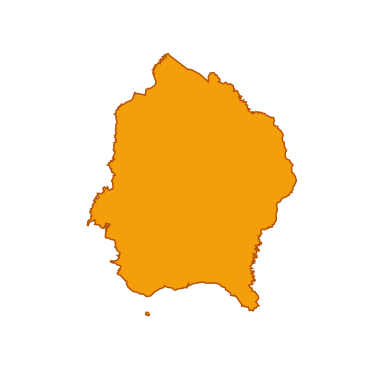 Waropen, Papua, Indonesia, rotated 241°
{"feature_id": "22746128B12986554349068", "entity_name": "Waropen", "entity_type": "district", "adm_level": 2, "iso_a3": "IDN", "parent_name": "Indonesia", "parent_adm1": "Papua", "projection": "albers", "projection_center": [136.631, -2.729], "detail": "fine", "context": "isolated", "style": "filled", "palette": "amber", "viewbox_px": 384, "rotation_deg": 241, "n_neighbors": 0, "source": "geoboundaries", "source_scale": "gbopen_adm2", "svg_char_len": 6018}
<svg xmlns="http://www.w3.org/2000/svg" viewBox="0 0 384 384"><g transform="rotate(241 192 192)"><path d="M227.9,291.6L228.2,290.3L229.5,289.3L228.8,288.2L230.2,288.0L231.5,286.5L230.8,284.5L231.4,282.0L231.8,284.2L232.4,284.4L233.3,282.0L236.4,280.8L236.9,281.1L236.5,282.8L239.0,281.0L240.8,282.6L242.7,281.2L244.5,283.1L245.6,280.7L247.5,281.9L247.5,280.0L248.8,278.6L249.5,278.5L250.1,280.4L250.8,280.4L251.3,279.1L252.4,278.8L251.9,281.5L253.4,280.3L258.1,280.7L259.0,280.2L259.5,277.3L260.6,277.4L261.0,279.0L263.3,278.8L264.8,279.6L268.1,278.0L268.8,275.2L270.9,275.2L271.7,274.6L271.4,272.0L275.6,268.5L275.8,270.4L277.0,271.0L280.2,270.2L282.1,270.6L283.0,269.1L285.0,269.2L286.2,268.4L287.2,265.4L284.7,262.1L280.4,259.8L291.6,255.8L299.3,250.8L301.6,247.6L321.6,238.8L324.8,238.1L324.2,236.5L325.1,235.7L322.7,234.7L325.6,234.1L324.3,233.8L324.6,231.6L322.6,232.6L321.6,231.4L322.9,231.1L322.0,230.1L323.3,229.3L321.5,228.5L322.7,227.5L320.9,227.4L319.7,226.4L321.5,225.5L320.6,224.0L320.8,221.1L319.3,221.3L319.6,219.4L318.9,218.4L317.9,219.0L317.8,216.8L317.2,217.4L315.2,215.6L313.7,215.3L313.7,216.1L312.9,215.1L306.3,214.2L304.4,212.9L303.2,210.5L302.8,205.1L303.9,204.1L303.8,201.3L299.4,198.2L304.6,192.0L305.2,190.3L305.9,190.8L306.7,190.0L302.7,185.8L301.6,183.5L302.4,177.2L301.6,174.3L303.0,172.9L301.8,171.9L301.7,171.2L302.5,171.6L302.1,170.1L301.6,170.1L301.9,169.0L301.0,168.5L301.6,168.1L300.8,167.4L300.3,167.7L300.2,165.2L297.0,162.9L297.6,162.1L294.4,162.5L294.2,161.6L288.5,159.8L288.0,158.2L284.7,156.6L283.5,155.1L279.9,154.3L279.9,153.2L278.7,152.7L278.8,151.9L278.0,151.9L277.6,150.9L275.2,151.4L274.8,150.4L274.4,150.8L273.3,149.8L272.7,150.1L272.8,147.5L271.8,147.7L270.6,145.9L268.4,145.3L267.8,144.1L266.0,143.5L265.5,144.6L263.5,143.5L260.4,139.2L259.4,139.9L258.8,138.8L258.0,139.6L257.6,137.3L258.5,137.3L258.8,136.1L257.7,135.8L258.0,133.7L256.9,133.8L256.6,131.2L254.8,132.6L252.2,131.9L251.4,132.9L250.0,131.6L248.6,132.3L247.9,131.5L246.0,133.0L244.0,132.9L244.6,131.0L242.7,130.2L240.9,127.3L240.2,126.9L239.4,127.5L234.1,125.1L233.1,124.0L233.9,122.5L233.5,120.4L234.6,119.5L236.4,120.6L237.6,120.6L236.7,118.3L238.9,117.8L238.7,116.1L236.4,115.3L235.7,116.1L234.5,114.7L235.1,114.0L234.3,112.2L236.7,108.6L235.5,108.4L234.7,107.3L233.4,108.2L232.1,107.4L232.4,105.3L234.2,105.7L232.0,101.7L231.4,102.5L230.3,101.7L230.8,102.8L229.9,102.9L229.5,99.7L228.4,99.2L228.6,98.3L227.3,98.4L226.3,96.6L226.4,95.2L225.2,95.8L224.5,93.3L223.8,93.8L223.2,92.9L222.5,93.6L220.6,92.5L219.6,92.8L219.7,91.7L218.9,91.6L217.1,89.7L217.4,88.0L216.5,86.4L213.5,84.4L213.0,84.9L215.4,87.7L214.7,93.2L214.5,93.6L213.6,92.6L212.4,93.1L210.8,91.2L207.6,95.6L206.2,94.8L203.4,96.4L203.2,98.1L204.1,98.4L204.6,99.9L206.4,101.3L206.0,101.6L204.2,100.0L203.5,101.5L202.1,101.6L203.2,104.0L204.0,104.1L204.3,103.1L205.1,102.9L203.9,104.4L203.0,104.1L202.4,102.9L201.4,99.6L200.7,100.2L201.3,99.3L200.7,98.2L200.0,98.6L198.9,98.4L200.2,98.1L194.9,94.5L193.6,94.4L193.0,96.0L189.8,98.2L187.5,100.9L183.8,100.1L181.2,98.0L180.5,98.1L180.1,99.1L179.0,98.2L177.2,98.2L173.7,99.6L172.4,97.9L172.6,96.7L171.3,98.5L172.4,96.2L171.0,97.0L170.3,96.7L170.6,96.3L169.7,96.3L168.6,92.7L169.8,89.3L171.2,87.9L170.9,87.1L169.5,87.3L168.9,88.3L168.2,88.0L169.0,88.8L168.8,89.9L168.6,88.9L167.9,88.8L167.6,90.2L164.6,91.2L162.4,93.6L160.6,93.2L160.0,91.1L158.9,91.4L159.0,89.5L158.2,90.0L157.2,87.3L155.7,87.2L154.2,89.0L146.2,90.8L145.6,91.7L143.6,90.2L139.9,89.9L135.5,91.4L133.1,92.7L130.9,95.5L128.5,96.6L126.3,100.0L122.6,101.5L121.2,105.5L122.6,110.5L123.0,116.5L122.2,120.9L123.2,122.7L120.6,124.2L117.9,127.9L115.2,128.8L114.1,130.1L114.1,132.9L112.2,137.4L112.7,138.0L110.7,141.3L112.6,142.3L113.4,144.4L111.6,143.0L111.2,148.9L108.5,156.4L107.2,158.9L106.0,159.4L100.2,169.5L96.6,171.9L94.9,172.1L92.1,174.7L90.3,174.0L85.0,176.7L82.9,175.7L80.9,178.2L81.3,178.8L78.5,180.0L69.7,180.9L68.0,180.1L67.4,182.2L66.5,182.1L64.0,185.4L60.5,184.7L60.1,186.3L58.4,188.0L60.3,190.6L59.5,191.7L60.7,194.3L60.1,195.3L65.2,194.6L66.6,198.7L68.8,199.4L74.2,198.8L76.3,196.7L78.8,197.9L79.8,196.7L83.0,196.4L81.9,200.3L82.6,201.0L83.9,200.2L85.0,200.9L85.1,201.7L83.5,203.2L84.7,205.3L84.3,203.0L85.0,202.5L86.6,204.6L87.8,203.4L88.5,203.7L88.3,205.7L90.6,205.0L91.2,204.2L92.2,204.5L92.5,205.3L91.4,206.0L92.1,207.6L93.2,207.7L93.5,205.3L96.4,205.8L96.1,207.6L96.8,206.8L98.9,206.9L99.1,209.0L101.2,210.1L99.8,211.2L99.7,212.2L101.1,211.3L102.3,211.9L101.0,212.9L101.2,213.8L102.4,213.7L103.2,212.6L104.0,213.7L105.9,213.9L104.2,214.4L103.2,216.2L103.3,217.2L105.5,218.0L105.5,217.3L103.8,216.3L104.1,215.5L105.9,216.5L107.4,215.2L108.4,215.4L107.4,216.3L107.3,218.6L109.8,220.5L109.5,221.2L108.0,221.5L108.4,222.6L109.6,222.5L110.8,219.5L111.8,219.6L110.8,222.0L111.3,222.4L112.4,221.2L114.2,221.6L113.0,222.6L113.7,223.8L112.6,225.0L114.3,225.5L114.0,226.4L112.8,226.8L113.5,228.0L114.0,228.1L113.9,227.2L115.0,227.6L116.1,226.8L117.4,228.0L118.2,227.9L118.3,227.3L119.9,227.8L120.0,228.8L120.7,228.8L120.0,229.2L120.3,230.3L121.1,229.5L122.0,232.9L125.0,233.4L125.3,235.6L123.6,237.5L123.9,239.1L123.3,240.8L124.0,241.2L123.0,242.4L124.1,241.5L124.3,242.8L122.9,243.7L122.6,245.8L124.4,246.3L124.0,248.2L124.9,248.7L125.6,250.8L127.6,252.8L131.4,254.3L135.1,258.1L139.2,259.4L141.2,261.2L140.7,264.1L142.9,267.9L142.2,271.0L142.3,275.5L143.9,278.0L143.2,279.2L144.2,279.2L145.2,281.5L147.7,283.0L147.8,284.4L151.3,288.8L155.6,289.9L159.9,289.5L161.0,288.8L165.8,291.4L166.4,293.1L167.2,293.4L170.2,292.5L172.7,292.6L175.0,290.7L178.2,290.8L181.6,293.0L182.3,294.8L186.9,294.8L190.9,296.8L192.2,295.9L195.3,297.0L197.2,299.1L198.8,299.6L202.6,299.4L206.5,297.8L207.7,298.8L209.8,296.3L212.3,296.3L214.4,298.6L217.4,299.4L218.7,298.1L218.8,297.0L221.8,295.5L222.6,294.3L225.5,293.7L226.5,291.8L227.9,291.6ZM109.0,93.5L107.3,92.0L105.2,93.7L105.0,94.9L106.2,95.5L108.5,94.6L109.0,93.5ZM204.4,99.7L203.0,98.3L201.7,99.5L202.2,100.8L203.1,99.7L204.4,99.7Z" fill="#f59e0b" stroke="#b45309" stroke-width="1.5"/></g></svg>